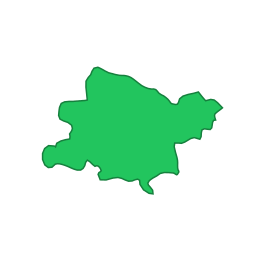 the border of Tlaxcala, rotated 146°
{"feature_id": "MEX-2726", "entity_name": "Tlaxcala", "entity_type": "State", "adm_level": 1, "iso_a3": "MEX", "parent_name": "Mexico", "parent_adm1": "", "projection": "equal_earth", "projection_center": [-98.173, 19.419], "detail": "fine", "context": "isolated", "style": "filled", "palette": "green", "viewbox_px": 256, "rotation_deg": 146, "n_neighbors": 0, "source": "natural_earth", "source_scale": "10m", "svg_char_len": 2860}
<svg xmlns="http://www.w3.org/2000/svg" viewBox="0 0 256 256"><g transform="rotate(146 128 128)"><path d="M113.1,61.9L113.9,62.1L114.4,63.1L114.9,64.3L115.5,65.3L119.1,68.2L122.8,70.8L126.7,72.3L130.9,72.2L133.1,72.4L135.3,72.6L137.6,72.6L139.8,72.4L142.4,71.2L143.0,69.3L142.6,66.5L142.4,62.6L144.1,59.4L147.1,62.1L149.7,68.0L149.6,74.5L147.6,78.2L148.6,80.2L151.3,81.2L154.2,81.8L157.3,83.6L159.4,86.5L161.4,89.8L164.0,92.6L168.4,94.9L175.2,97.2L180.0,100.6L178.7,106.3L177.0,107.3L175.4,107.2L174.1,107.6L173.6,109.9L173.7,111.9L174.2,113.4L175.2,114.3L176.8,114.7L177.7,117.5L178.5,121.4L179.7,124.1L182.3,123.2L185.0,120.9L187.9,119.6L190.7,119.6L193.7,121.6L195.7,124.0L197.5,126.7L199.2,129.5L201.0,132.1L202.7,134.3L204.5,136.3L206.4,137.8L208.5,138.7L213.0,138.0L216.2,139.8L217.6,143.9L216.4,149.7L213.1,154.6L208.6,157.6L203.7,157.8L199.4,154.4L199.2,154.2L198.9,153.8L198.7,153.3L198.6,152.9L195.6,155.2L191.0,154.8L186.2,153.2L182.5,151.5L181.7,152.3L180.9,153.3L180.3,154.4L179.8,155.7L177.8,156.5L175.9,157.4L174.3,158.8L173.4,161.3L173.3,161.5L173.3,161.9L173.3,162.1L174.7,166.2L177.4,169.8L179.4,173.4L178.5,177.2L177.2,178.8L175.9,180.4L174.6,181.9L173.2,183.4L169.6,185.7L165.9,185.1L162.2,183.1L158.6,180.7L157.6,180.2L156.6,179.6L155.7,179.1L154.7,178.5L154.0,178.1L153.4,177.8L152.7,177.4L152.1,177.0L151.9,176.9L150.4,176.1L148.9,175.2L147.5,174.5L146.1,174.0L143.2,179.4L140.0,185.4L136.6,190.3L132.7,192.1L129.2,193.0L126.0,195.2L122.7,196.6L119.0,195.2L117.6,192.9L116.3,190.5L115.1,188.0L113.7,185.6L113.5,185.2L113.3,184.8L113.0,184.4L112.7,184.1L112.5,183.9L112.3,183.7L112.2,183.5L112.0,183.3L111.4,182.6L110.7,181.9L110.1,181.2L109.5,180.4L109.0,179.9L108.5,179.3L108.0,178.8L107.5,178.3L106.9,177.7L106.3,177.1L105.7,176.5L105.0,176.0L104.8,175.8L104.5,175.6L104.3,175.4L104.0,175.2L102.7,174.3L101.4,173.3L100.2,172.1L99.0,170.8L98.2,169.6L97.4,168.3L96.8,166.9L96.2,165.4L95.7,163.8L95.2,162.3L94.7,160.7L94.2,159.1L92.9,155.4L91.2,152.3L89.2,149.5L86.7,147.1L86.2,146.8L85.8,146.5L85.3,146.2L84.9,146.0L83.5,144.3L83.1,142.1L82.9,139.6L81.8,136.9L80.5,134.7L79.6,132.2L78.9,129.6L78.6,126.8L78.6,125.9L78.6,125.1L78.4,124.3L78.1,123.6L75.5,120.9L73.7,120.1L71.8,121.0L68.9,123.3L64.6,123.7L59.4,122.2L54.0,120.0L49.5,118.5L49.3,115.6L49.1,112.8L48.8,110.0L48.4,107.2L43.4,105.4L40.9,103.0L39.6,98.9L38.4,91.9L40.4,91.7L42.4,91.6L44.5,91.5L46.5,91.3L48.2,91.0L49.4,89.8L50.2,88.0L50.9,85.6L52.8,86.5L54.7,85.4L56.6,83.3L58.5,81.3L60.7,80.8L62.8,82.5L65.1,84.6L67.7,85.1L69.9,83.0L72.3,79.9L74.7,78.5L77.1,81.4L77.5,81.9L77.9,82.4L78.3,82.8L78.7,83.1L81.9,84.2L85.3,84.4L88.8,84.6L92.2,85.4L92.7,85.8L93.2,86.2L93.8,86.7L94.3,87.1L97.7,89.4L100.2,86.6L102.2,81.4L103.9,76.2L105.0,73.6L106.3,71.4L107.8,69.3L109.2,67.1L110.0,65.1L110.0,63.9L110.6,63.0L113.1,61.9Z" fill="#22c55e" stroke="#15803d" stroke-width="1.5"/></g></svg>